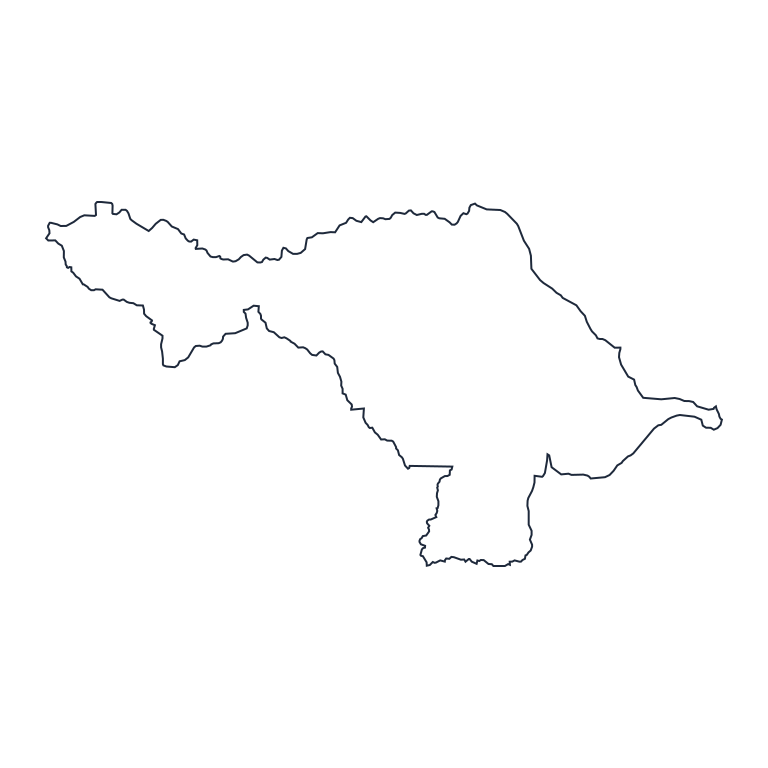 the district of Mora, San José, Costa Rica
{"feature_id": "36466004B40218222859815", "entity_name": "Mora", "entity_type": "district", "adm_level": 2, "iso_a3": "CRI", "parent_name": "Costa Rica", "parent_adm1": "San José", "projection": "robinson", "projection_center": [-84.265, 9.872], "detail": "fine", "context": "isolated", "style": "outline", "palette": "slate", "viewbox_px": 768, "rotation_deg": 0, "n_neighbors": 0, "source": "geoboundaries", "source_scale": "gbopen_adm2", "svg_char_len": 6073}
<svg xmlns="http://www.w3.org/2000/svg" viewBox="0 0 768 768"><path d="M715.9,406.4L714.0,407.8L713.6,408.9L708.6,409.7L697.1,406.3L693.2,402.0L689.2,401.1L684.3,401.0L679.6,399.0L674.7,398.0L661.3,399.3L643.2,397.8L637.9,390.5L636.6,387.0L635.3,385.0L634.1,379.6L628.2,376.6L621.1,364.6L619.0,357.2L619.3,352.9L620.4,349.1L620.4,347.6L614.7,347.7L605.3,340.2L602.5,339.0L599.8,339.0L597.5,338.4L595.9,335.3L592.0,331.4L590.4,328.8L586.8,321.8L584.9,315.8L580.6,311.2L576.4,305.3L562.7,297.9L560.8,295.3L556.5,292.8L552.2,288.6L543.5,283.0L540.1,280.1L531.4,268.8L530.9,255.7L529.1,248.8L523.9,240.7L518.2,226.0L516.8,223.7L507.2,213.8L505.0,212.0L500.3,210.0L486.7,209.4L476.9,205.4L475.0,203.6L470.8,205.1L469.4,207.7L469.1,210.9L467.5,213.6L466.3,214.2L463.4,213.2L460.6,215.9L457.8,222.0L456.6,223.4L454.6,224.7L451.8,224.6L449.7,222.4L444.7,218.8L439.3,218.3L437.7,217.5L434.4,212.0L432.6,211.3L431.7,211.3L426.8,214.9L425.7,214.9L424.1,213.8L421.8,213.8L416.8,215.0L413.5,213.3L410.9,210.4L408.9,210.6L405.8,213.4L404.6,213.9L400.1,212.9L395.2,212.6L392.2,215.1L390.8,217.7L389.5,218.9L385.4,219.2L383.1,218.3L380.0,218.1L378.2,218.8L373.2,222.2L370.5,220.4L366.4,216.3L365.5,216.5L361.3,222.1L356.4,220.8L352.7,218.1L349.9,217.8L348.2,219.5L346.1,222.8L339.6,225.4L335.1,232.3L330.5,232.1L322.9,233.3L317.7,233.1L311.9,237.3L307.4,238.0L306.7,239.4L305.1,249.1L300.7,252.9L297.0,253.9L293.1,253.9L288.3,251.1L285.9,248.4L283.4,247.8L281.9,250.6L281.4,256.9L279.0,259.7L277.4,260.0L274.5,259.0L269.7,259.6L267.2,257.9L265.7,257.6L263.3,259.7L262.0,262.0L260.4,262.5L257.4,262.4L249.1,255.6L247.1,254.6L243.6,255.1L240.9,257.0L238.8,259.3L235.6,261.2L233.7,261.5L232.7,261.5L228.1,259.3L223.2,259.5L221.5,259.0L220.4,258.4L220.2,256.6L219.3,256.0L216.1,257.1L212.7,257.1L210.5,256.5L207.5,252.9L206.5,250.5L205.3,249.5L202.4,248.5L195.8,248.9L195.6,248.1L197.3,245.2L197.2,240.3L193.7,239.6L191.1,241.6L189.1,241.5L187.8,240.7L185.7,238.4L184.1,234.5L181.3,233.5L178.0,229.1L171.8,226.5L167.7,221.9L166.2,220.9L163.3,219.8L160.7,219.9L155.7,223.8L152.1,228.0L148.7,231.0L136.4,223.7L131.6,220.2L130.3,218.9L128.5,213.4L127.0,210.9L125.6,209.8L121.6,209.8L119.3,212.5L116.5,214.3L112.9,213.9L112.4,213.3L112.6,205.6L112.2,203.9L111.2,203.0L101.2,202.0L97.1,202.0L96.3,202.7L95.4,204.0L96.0,215.0L94.7,215.9L84.3,215.3L80.2,217.0L73.8,221.9L66.3,225.9L60.7,226.0L57.4,224.4L51.0,222.8L49.7,222.8L48.1,225.8L48.1,227.2L49.3,230.2L49.5,233.3L46.1,238.3L48.3,240.5L55.3,240.4L58.3,243.6L61.8,245.7L63.9,251.0L63.8,257.4L65.5,261.6L65.7,264.5L66.8,266.2L66.9,267.3L68.1,267.9L69.5,267.0L71.3,267.3L71.4,271.4L73.2,272.7L76.0,276.4L79.5,278.7L82.8,284.3L83.6,284.3L87.6,286.9L88.9,288.7L91.2,290.2L94.0,290.2L95.6,289.3L102.5,289.7L109.4,297.3L111.3,298.3L119.6,300.9L122.4,299.6L123.7,299.6L126.8,301.9L129.4,302.8L133.4,303.2L136.8,305.3L142.9,305.5L144.0,309.6L144.1,313.7L146.2,316.2L152.0,320.4L151.7,321.5L150.5,322.4L150.5,322.9L151.5,323.8L154.9,325.2L153.8,329.0L153.9,329.8L162.5,335.7L162.5,338.4L161.1,344.2L161.1,347.4L162.1,351.5L162.9,358.7L162.9,364.2L163.4,365.4L166.4,366.5L174.8,367.2L177.8,365.1L179.6,361.3L184.8,360.1L188.2,357.4L194.1,347.4L195.8,346.0L199.7,345.7L202.4,346.6L206.4,346.6L210.5,345.3L211.1,344.4L213.4,343.4L218.7,343.2L220.7,342.3L222.1,340.6L222.9,338.8L223.1,336.6L225.6,333.8L235.2,333.2L246.7,328.4L247.7,325.4L247.7,322.7L246.1,317.8L245.5,313.6L243.8,311.9L243.8,309.9L248.0,309.4L253.6,305.7L258.8,306.2L258.4,311.8L260.4,314.0L261.0,315.8L261.0,318.5L261.4,319.4L265.5,322.7L266.8,328.4L269.1,331.0L273.8,332.2L279.4,337.3L281.6,338.0L284.3,337.3L286.5,338.3L290.4,340.9L290.6,341.6L294.5,343.7L298.3,347.6L303.1,347.3L305.3,348.2L307.2,349.5L310.2,353.3L312.1,354.9L316.4,355.5L319.2,352.6L321.1,351.5L322.7,351.4L325.4,354.3L328.5,354.9L333.6,358.6L334.4,360.2L334.7,363.6L337.2,366.9L337.9,372.9L340.0,376.8L341.4,381.7L341.2,385.6L342.6,388.8L342.6,393.4L345.7,394.6L347.3,400.2L351.7,404.5L352.0,406.7L351.2,408.4L351.2,409.7L363.9,408.5L363.3,417.4L365.6,422.8L367.6,424.9L368.8,427.2L369.8,428.0L372.3,427.7L374.9,432.4L377.7,434.7L381.1,439.5L384.8,439.3L387.2,440.6L391.7,440.7L393.2,441.6L396.1,447.1L396.1,448.5L397.9,450.3L399.1,455.0L401.9,457.3L402.9,458.8L405.0,465.5L408.0,468.7L409.2,468.0L409.7,465.9L452.3,466.6L451.6,469.5L449.9,470.4L449.7,474.8L447.5,476.0L444.8,476.1L440.8,478.4L439.9,479.6L439.5,481.7L437.9,483.6L437.5,484.8L437.8,486.6L437.2,487.6L437.9,490.3L437.0,493.2L436.8,496.8L438.4,501.2L438.4,505.3L437.6,508.1L436.6,508.3L437.3,510.9L436.7,513.0L435.4,515.0L436.3,517.1L430.8,519.5L429.1,519.5L427.3,520.7L426.8,521.9L427.1,523.3L429.3,525.8L428.1,527.8L429.0,529.5L429.1,531.4L426.2,535.5L422.8,536.1L421.6,538.2L420.1,539.2L419.5,540.8L419.5,541.9L420.9,544.3L425.1,545.8L425.0,547.6L423.1,548.1L421.9,549.4L420.4,554.9L421.1,555.8L422.9,556.2L426.6,562.3L426.8,565.7L429.8,565.0L432.8,562.0L434.5,562.8L435.9,562.6L440.2,560.4L444.8,561.6L445.0,560.1L446.2,558.5L449.3,558.8L451.4,556.9L453.9,557.2L460.9,559.7L464.2,559.5L465.5,561.7L468.8,559.0L469.6,559.0L471.8,561.7L476.6,563.8L477.4,560.5L479.3,561.0L480.8,560.0L483.7,560.1L488.5,564.0L491.8,564.2L493.4,566.0L504.9,566.0L508.1,564.1L509.9,564.8L509.7,561.7L512.3,561.6L514.6,560.4L519.5,561.7L521.0,561.6L522.5,560.0L524.9,558.8L525.5,555.4L526.8,554.9L528.5,552.4L530.7,550.5L532.1,546.7L532.1,544.7L529.9,539.6L531.6,534.9L531.6,530.8L528.7,524.7L528.7,511.1L527.4,505.9L527.6,500.7L528.3,498.0L532.0,491.0L533.3,487.3L534.5,482.5L534.6,475.8L542.1,476.8L543.0,476.1L544.9,473.0L547.1,460.3L547.5,454.3L549.2,455.4L551.6,467.2L561.2,474.4L568.5,473.7L571.5,474.9L583.3,474.6L587.5,475.6L589.2,476.7L590.7,478.5L605.0,477.2L609.6,475.0L613.6,470.8L617.3,465.4L621.6,462.9L622.8,461.1L628.0,456.4L630.6,455.4L633.3,453.4L654.0,428.6L658.3,425.3L661.3,424.8L668.3,419.1L671.4,417.5L676.7,415.6L679.9,415.0L694.5,416.7L701.3,419.7L702.8,425.6L706.0,427.7L710.7,427.8L713.8,429.7L717.5,428.1L720.6,424.8L721.9,419.6L720.6,418.8L719.4,416.6L718.9,414.0L716.6,409.3L715.9,406.4Z" fill="none" stroke="#1e293b" stroke-width="2"/></svg>